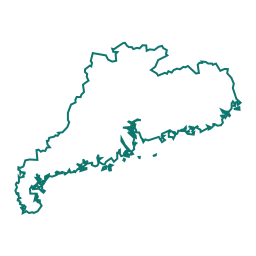 an SVG outline of Guangdong
{"feature_id": "CHN-1180", "entity_name": "Guangdong", "entity_type": "Province", "adm_level": 1, "iso_a3": "CHN", "parent_name": "China", "parent_adm1": "", "projection": "albers", "projection_center": [112.97, 22.878], "detail": "fine", "context": "isolated", "style": "outline", "palette": "teal", "viewbox_px": 256, "rotation_deg": 0, "n_neighbors": 0, "source": "natural_earth", "source_scale": "10m", "svg_char_len": 5844}
<svg xmlns="http://www.w3.org/2000/svg" viewBox="0 0 256 256"><path d="M158.8,136.9L148.2,140.4L145.4,139.4L143.3,142.2L142.5,140.3L143.4,140.0L141.2,137.9L139.2,132.5L136.1,132.3L136.2,130.4L135.0,128.1L134.7,129.5L134.8,127.6L134.3,128.1L135.6,123.4L134.4,127.1L135.0,123.4L133.8,126.5L134.0,123.8L132.8,124.9L132.6,122.4L137.2,120.2L140.8,120.2L137.5,119.4L131.8,122.5L129.0,121.4L128.5,121.8L131.6,123.8L131.0,127.0L122.9,127.6L127.0,128.1L131.3,131.8L129.7,133.0L127.9,132.1L134.5,138.3L133.0,142.8L133.3,144.6L134.9,144.9L133.8,147.2L134.2,149.2L131.1,151.9L124.9,144.9L121.5,138.3L121.4,141.2L128.6,151.2L125.7,151.0L124.1,153.2L124.0,155.2L121.3,156.2L119.9,153.8L119.9,149.9L119.1,150.3L118.3,153.1L117.2,152.9L117.3,158.6L113.9,161.7L111.3,158.1L105.9,161.9L104.8,164.3L103.0,164.4L99.3,162.0L98.8,160.2L101.3,158.1L98.2,158.4L98.5,154.7L97.2,157.6L98.6,163.4L97.4,165.6L95.1,166.4L91.9,165.0L92.3,162.0L91.7,163.0L87.3,163.5L86.7,162.8L87.7,160.7L85.5,162.6L83.2,159.3L83.6,162.9L86.4,164.2L82.4,167.4L81.6,167.3L82.7,166.7L81.5,166.1L81.5,164.4L80.6,165.2L76.7,163.9L79.2,165.8L79.8,167.4L78.8,168.4L80.0,169.3L77.7,169.1L75.2,172.1L73.8,170.4L74.2,171.9L70.6,172.6L69.3,169.6L68.6,170.8L69.4,171.9L67.2,171.6L68.4,172.1L64.2,174.9L65.3,173.0L62.0,171.9L61.0,172.5L63.0,172.9L58.8,173.8L60.1,172.9L57.0,171.5L55.8,172.4L56.6,173.3L55.6,174.6L57.5,173.4L58.3,173.8L55.9,175.3L52.2,176.6L49.1,176.1L45.5,180.5L46.4,177.6L45.3,178.5L45.2,176.9L48.8,175.5L48.9,174.5L45.1,176.5L45.1,181.4L43.2,180.9L43.6,181.6L40.4,181.8L38.8,182.6L38.7,179.5L40.3,180.0L40.6,179.1L39.3,178.8L40.6,177.9L39.0,178.8L39.1,175.9L38.0,176.2L37.1,175.0L37.7,174.1L36.8,174.6L37.7,178.1L35.8,177.9L38.2,181.1L37.9,183.1L32.3,187.8L31.6,186.4L30.0,188.9L30.3,193.6L36.8,193.7L37.9,196.9L37.1,198.1L36.3,197.4L35.9,194.5L34.6,199.9L35.4,199.2L35.0,200.5L36.5,200.3L37.8,202.2L39.9,202.9L41.6,205.8L37.6,211.3L33.7,213.0L32.4,212.2L29.1,213.0L26.4,211.2L22.7,213.2L23.1,210.4L21.1,207.7L22.4,207.0L24.7,209.6L25.6,206.9L24.3,205.5L23.6,206.0L23.3,204.5L22.8,206.5L22.2,205.0L20.0,204.1L20.8,201.6L19.9,202.9L19.4,200.9L17.7,200.4L17.9,199.0L21.3,197.7L19.0,198.4L18.3,193.1L17.4,193.1L17.6,194.6L16.6,193.5L17.0,194.6L15.4,190.7L17.0,187.3L15.8,184.3L16.8,182.6L18.3,183.1L19.0,181.4L18.8,176.9L19.4,177.8L23.6,176.7L23.1,175.8L24.5,173.7L23.7,173.4L24.3,172.5L21.2,172.0L20.4,173.6L20.0,170.4L18.3,169.6L18.4,167.3L20.3,167.9L23.4,166.5L25.3,160.4L29.4,159.5L37.4,159.9L36.5,150.1L38.6,149.7L40.9,151.7L42.6,150.6L45.3,150.9L46.8,147.6L49.8,147.3L47.5,144.5L46.9,140.9L48.4,140.8L49.2,137.8L54.4,136.6L55.4,135.3L57.6,135.8L59.2,133.7L58.3,132.8L62.5,132.3L67.3,127.2L69.2,122.3L67.9,120.0L67.9,112.9L71.0,104.6L75.6,102.4L75.4,99.7L76.7,97.0L80.6,97.1L81.5,94.4L84.0,92.1L83.0,84.6L88.5,80.6L86.7,76.7L87.2,74.0L84.9,71.9L85.1,69.3L89.8,65.7L91.3,66.4L92.0,62.6L90.7,61.2L92.8,53.1L105.9,55.4L108.1,59.6L112.2,61.6L116.2,60.8L115.6,54.0L117.4,52.1L113.3,51.8L112.3,48.8L114.0,49.2L122.9,43.2L125.0,42.8L127.0,45.8L128.9,47.1L131.9,47.1L133.3,49.1L136.9,47.8L139.6,48.4L142.5,45.3L146.2,45.4L146.7,50.8L149.6,49.4L154.5,49.9L158.6,46.8L162.1,45.9L163.2,48.1L166.8,50.1L166.0,54.0L167.4,55.4L158.1,60.1L155.3,66.7L151.0,70.0L156.8,73.5L158.1,75.6L165.0,72.8L167.0,73.8L168.4,71.2L171.7,72.6L173.6,70.1L176.9,68.7L180.0,69.3L183.3,66.9L185.3,67.3L187.9,66.0L196.0,73.5L198.9,73.0L197.7,64.7L199.3,62.9L202.1,62.9L201.6,61.5L205.8,62.0L208.0,63.5L212.2,63.6L212.8,64.8L215.9,63.6L220.3,70.8L224.5,69.0L227.8,69.1L227.2,73.3L231.4,77.9L233.8,83.7L232.8,88.0L236.4,98.9L240.6,102.7L238.0,104.9L237.5,101.7L234.0,103.1L232.9,101.4L231.7,103.3L231.6,108.4L228.9,111.7L225.5,111.6L221.4,109.7L223.0,112.7L228.2,112.5L230.0,115.4L229.4,116.2L227.0,114.1L225.8,114.0L227.3,115.2L225.3,117.9L224.2,115.4L221.2,115.7L221.7,116.7L224.0,116.4L222.0,119.7L222.9,122.6L221.0,125.2L217.5,125.7L214.8,124.1L212.5,124.0L214.6,124.8L210.6,128.5L209.1,129.2L209.9,126.9L207.4,125.8L208.5,127.8L200.6,132.0L200.4,129.7L196.8,127.8L198.1,125.9L193.1,128.7L192.3,128.3L192.7,127.3L188.5,126.4L190.8,127.1L190.3,128.8L193.1,129.2L194.6,128.3L192.2,131.4L193.0,133.1L194.1,132.4L193.7,134.6L187.6,133.9L186.5,132.6L189.1,131.6L188.7,130.8L187.3,131.6L183.4,130.9L185.9,128.8L185.8,127.1L183.7,129.4L181.5,129.8L181.8,131.0L178.3,130.7L177.3,133.6L176.0,134.2L174.7,132.1L172.3,131.9L175.4,134.6L173.4,138.8L172.4,137.1L168.8,136.9L168.7,132.9L171.0,131.0L169.9,130.2L162.1,133.8L161.7,135.8L164.2,135.8L161.4,138.5L162.8,138.3L165.0,140.0L162.0,142.1L158.8,136.9ZM42.3,187.7L41.3,190.9L39.1,188.6L33.1,189.2L33.1,187.8L34.4,187.6L34.0,186.7L35.1,187.0L35.9,186.5L34.4,186.3L37.5,185.7L38.4,187.5L41.7,186.2L42.3,187.7ZM109.9,164.4L112.4,165.3L110.5,166.5L110.9,170.3L109.5,170.6L108.6,169.0L109.8,167.0L107.9,166.7L109.9,164.4ZM130.8,127.7L134.4,132.4L133.3,132.4L128.4,127.8L130.8,127.7ZM81.4,168.4L86.4,168.1L86.4,169.2L80.6,171.0L81.4,168.4ZM44.5,182.7L42.2,185.5L38.4,183.0L42.2,182.2L42.6,183.8L44.5,182.7ZM132.9,132.9L135.6,135.6L135.8,137.4L130.8,133.6L132.9,132.9ZM233.9,109.0L239.3,107.1L239.5,109.8L233.9,109.0ZM105.9,166.3L106.0,168.7L102.3,170.0L103.2,167.4L105.9,166.3ZM129.0,154.5L128.8,156.8L125.9,156.2L128.1,154.1L129.0,154.5ZM127.5,151.9L126.0,154.5L125.0,154.6L124.7,153.1L127.5,151.9ZM43.7,190.2L44.8,191.0L43.5,192.7L42.2,191.5L43.7,190.2ZM130.8,153.8L132.2,152.8L133.0,154.0L131.1,154.7L130.8,153.8ZM124.9,159.4L124.4,160.9L123.4,160.2L124.0,158.8L124.9,159.4ZM39.8,200.3L39.9,201.9L39.3,202.2L38.1,200.0L39.8,200.3ZM132.4,125.8L133.1,127.4L132.9,128.4L131.8,127.1L132.4,125.8ZM235.4,104.6L235.2,105.9L233.7,105.9L233.6,105.6L235.4,104.6ZM135.3,142.7L136.3,143.2L135.2,144.2L134.9,143.5L135.3,142.7ZM155.8,154.6L155.7,155.4L152.9,156.0L155.8,154.6ZM139.8,156.9L139.6,158.0L139.1,157.8L138.7,157.0L139.8,156.9Z" fill="none" stroke="#0f766e" stroke-width="2"/></svg>